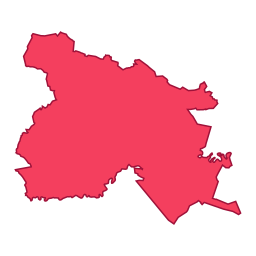 Madlienas pag., Ogre, Latvia
{"feature_id": "27541924B46168997034550", "entity_name": "Madlienas pag.", "entity_type": "district", "adm_level": 2, "iso_a3": "LVA", "parent_name": "Latvia", "parent_adm1": "Ogre", "projection": "mercator", "projection_center": [25.197, 56.816], "detail": "fine", "context": "isolated", "style": "filled", "palette": "rose", "viewbox_px": 256, "rotation_deg": 0, "n_neighbors": 0, "source": "geoboundaries", "source_scale": "gbopen_adm2", "svg_char_len": 5793}
<svg xmlns="http://www.w3.org/2000/svg" viewBox="0 0 256 256"><path d="M139.1,59.6L136.5,60.1L135.3,60.0L134.9,60.6L134.9,60.8L134.6,61.1L134.6,61.3L135.3,62.7L136.6,64.2L133.6,64.0L133.9,65.1L133.5,66.3L133.3,66.5L131.6,66.7L129.9,67.8L128.2,67.8L127.4,68.2L127.2,68.1L126.5,68.1L123.0,69.8L117.7,65.8L117.8,64.7L118.1,63.8L117.9,62.4L112.8,60.8L112.0,60.7L110.9,59.3L111.3,57.7L110.9,56.8L110.0,57.0L109.2,55.5L107.8,55.3L106.5,55.4L105.7,55.1L105.4,56.1L104.0,57.2L103.4,59.0L102.3,59.1L100.4,58.9L95.7,56.5L88.3,55.3L87.0,56.5L84.7,55.7L85.0,54.4L82.2,53.2L81.3,53.0L79.8,52.2L75.8,50.9L74.9,51.6L73.2,51.4L74.1,41.5L73.5,41.4L72.5,40.2L70.3,39.0L68.5,37.5L67.3,36.2L66.4,34.5L65.8,34.0L65.3,34.0L61.7,32.8L60.6,32.1L57.5,36.0L55.7,33.8L44.8,35.9L40.8,35.7L33.0,33.7L31.6,35.6L32.1,37.7L27.4,46.6L27.8,48.8L23.6,56.3L25.7,65.0L25.6,65.4L26.3,66.3L27.0,66.5L28.2,66.2L30.3,66.8L32.7,66.8L34.3,67.2L35.7,67.7L37.5,68.9L40.7,68.7L42.6,70.1L43.5,71.1L43.7,71.7L44.5,72.3L46.7,72.8L47.5,73.7L46.2,79.2L46.5,79.7L47.2,82.6L47.9,86.0L49.8,86.5L50.5,90.0L52.6,90.7L54.4,90.7L53.9,92.7L55.1,97.1L56.0,99.4L56.4,99.8L52.5,101.2L50.1,104.8L48.1,104.5L47.6,105.7L47.0,106.9L45.1,108.0L42.4,106.2L42.3,107.4L41.4,109.6L40.7,109.6L40.1,108.2L39.2,109.0L34.4,112.3L33.6,114.5L32.6,116.5L33.9,122.3L34.7,123.0L34.6,123.5L34.0,124.5L31.4,126.3L29.2,129.7L26.1,129.5L26.9,131.5L28.0,132.5L27.8,132.8L26.9,133.2L24.6,132.8L24.0,132.5L22.5,133.3L22.3,135.0L21.0,136.0L21.3,136.7L20.5,138.1L20.0,140.9L19.4,141.7L18.1,144.8L17.6,148.0L17.1,148.6L16.6,148.9L16.3,149.9L16.6,152.1L16.1,152.7L16.5,152.8L17.1,153.7L19.2,154.2L20.2,154.9L20.8,156.2L23.0,157.0L24.4,157.9L26.7,160.7L28.5,163.3L29.9,163.6L31.0,165.8L31.2,166.8L15.4,169.7L15.9,170.8L18.4,171.4L18.9,173.0L21.0,175.0L22.6,176.9L26.0,182.2L26.0,183.6L25.1,184.4L24.8,185.1L25.9,187.2L26.9,191.4L26.8,192.6L25.4,193.3L25.3,193.7L25.9,194.4L25.7,195.3L26.2,195.2L26.9,195.6L28.0,197.2L29.7,198.3L30.5,199.4L30.8,200.7L31.4,200.7L32.0,200.2L32.5,198.0L33.3,197.4L35.5,197.8L37.1,196.7L38.0,197.1L38.4,197.8L38.6,199.0L39.8,199.9L40.1,199.9L40.8,199.3L41.0,198.8L40.8,197.7L41.2,197.0L42.0,196.9L43.5,197.7L45.1,197.7L45.3,197.8L45.3,198.4L45.2,198.8L44.4,199.7L44.5,200.5L45.1,201.0L45.8,201.0L46.9,200.5L48.2,198.9L48.8,198.5L51.5,198.1L53.2,197.5L54.6,197.9L56.2,197.8L58.4,198.1L59.0,199.4L59.3,199.7L60.0,200.0L61.0,199.8L61.9,199.3L62.6,198.6L67.4,196.7L69.2,196.8L70.9,196.5L71.9,197.5L72.3,197.5L75.6,195.4L76.8,195.6L78.7,196.9L81.1,198.1L82.1,197.8L82.5,197.4L84.1,194.7L84.9,194.4L85.8,194.9L86.4,196.4L87.1,196.9L87.9,196.6L88.7,195.6L89.1,195.7L89.8,196.8L91.2,197.1L94.4,196.8L96.6,197.9L98.4,197.6L99.2,197.1L99.2,196.2L99.1,195.4L99.2,194.8L99.4,194.5L100.3,194.9L101.2,196.0L102.0,196.5L102.5,196.2L103.0,195.2L102.6,193.1L102.9,191.9L103.2,191.4L105.7,190.4L106.9,189.5L107.0,189.1L106.9,188.7L105.3,186.6L104.3,184.7L104.3,184.4L104.7,184.1L106.3,183.9L108.2,183.3L108.6,181.9L108.5,181.3L108.7,180.1L110.0,178.9L111.0,178.3L111.6,178.3L112.1,178.5L112.2,179.3L111.6,181.7L111.6,182.7L111.7,183.2L112.2,183.2L113.0,182.8L114.9,180.8L115.2,180.2L115.3,179.3L114.9,177.2L115.5,175.9L116.1,175.1L116.5,173.4L116.8,172.9L117.8,172.2L120.5,171.2L120.8,170.8L121.7,169.1L122.0,168.9L125.5,169.2L126.7,168.9L127.0,168.4L127.5,166.6L127.9,165.6L129.0,164.5L131.5,166.8L133.3,166.9L138.0,165.7L139.2,166.1L141.5,168.2L142.5,168.8L142.3,169.4L141.2,168.6L139.3,168.8L134.4,168.2L134.6,169.5L135.0,172.9L137.8,173.8L138.0,175.1L140.6,176.8L143.9,178.3L143.0,180.5L139.3,180.3L136.2,181.0L168.1,219.7L168.8,220.4L173.9,223.9L178.2,217.3L186.4,212.0L187.5,210.6L189.5,205.8L197.1,201.9L198.4,200.6L200.8,202.4L200.7,202.9L202.1,204.5L204.1,202.5L204.5,202.5L223.5,209.1L232.9,211.4L238.6,214.5L240.6,213.1L235.7,201.4L228.0,204.1L216.1,199.2L215.7,199.4L212.5,198.3L218.2,181.5L216.9,179.7L216.2,177.0L218.3,172.8L222.5,165.1L225.8,167.7L228.9,167.8L230.0,166.3L231.9,165.3L230.3,160.6L230.2,160.5L229.4,157.4L231.0,154.0L231.1,153.3L230.7,152.9L230.0,152.5L228.5,152.7L227.1,153.4L226.5,154.2L226.2,154.7L226.0,155.5L226.1,156.4L226.9,157.8L227.0,158.4L226.8,158.8L226.2,159.0L224.4,157.3L224.1,156.7L223.9,155.1L223.1,154.3L222.2,154.2L221.7,154.7L221.9,155.4L220.7,155.8L220.3,155.7L220.0,155.3L220.1,154.6L220.7,153.6L220.6,153.2L219.6,153.0L218.2,153.2L217.4,154.0L217.6,154.6L217.8,155.0L220.4,156.6L221.1,157.4L221.7,159.2L221.6,160.1L220.8,161.2L219.8,161.2L218.0,159.4L217.3,159.2L216.7,159.5L216.0,160.3L214.5,162.2L214.1,162.3L213.7,162.3L212.7,161.4L212.7,160.9L213.9,158.9L214.8,158.3L215.0,157.8L214.7,157.5L214.1,157.6L213.2,158.3L212.0,158.9L211.3,159.7L210.7,160.6L210.9,161.9L210.8,162.2L210.2,162.2L209.7,161.8L208.7,160.5L208.6,160.0L208.7,159.6L210.1,158.0L210.4,157.5L210.5,156.3L210.7,155.9L211.2,155.2L211.9,154.8L212.4,154.1L212.0,153.1L211.6,153.2L210.2,154.6L209.3,156.0L207.8,156.6L206.9,157.6L203.4,157.4L201.9,156.6L201.4,156.7L200.4,157.7L199.5,157.7L198.4,157.2L198.0,156.5L198.1,156.1L199.2,155.2L200.2,154.7L201.1,155.3L201.5,155.4L202.5,154.3L202.7,152.8L202.5,152.0L201.8,151.1L200.3,150.4L200.5,149.8L200.4,149.2L200.6,148.7L201.8,148.5L204.7,147.0L205.4,146.3L206.0,143.6L211.0,126.8L197.3,124.1L192.9,116.5L190.8,114.3L187.5,109.4L190.5,109.4L194.1,108.8L195.8,108.2L197.0,109.8L203.3,109.7L205.7,109.1L205.9,109.6L208.9,108.5L213.3,108.4L217.7,103.5L216.9,101.9L217.0,100.6L217.0,100.2L214.7,99.9L214.2,98.9L212.8,98.8L212.3,96.9L210.1,95.7L211.9,92.8L209.4,91.4L205.4,92.4L205.1,92.1L204.4,89.6L206.7,86.4L204.3,82.0L203.9,82.1L202.9,83.3L202.7,83.1L200.4,84.3L199.7,86.6L199.4,88.6L196.0,89.8L194.3,90.2L188.4,90.6L182.7,87.2L180.2,89.2L169.5,84.7L167.1,81.9L167.6,80.4L166.8,79.2L162.6,76.0L156.1,76.5L154.6,71.8L149.2,67.4L147.4,65.7L139.1,59.6Z" fill="#f43f5e" stroke="#9f1239" stroke-width="1.5"/></svg>